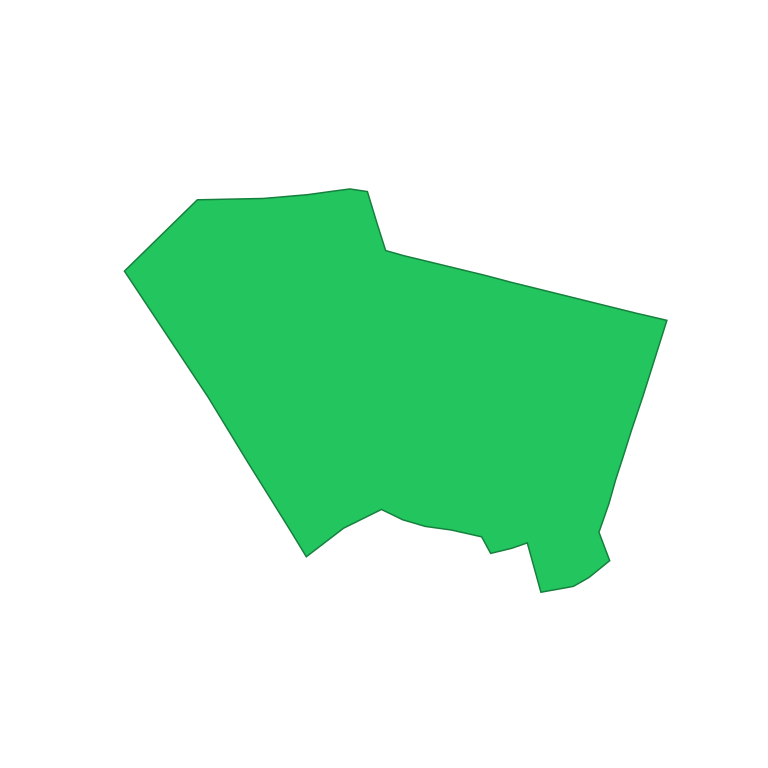 the district of Iguaba Grande, Rio de Janeiro, Brazil, rotated 118°
{"feature_id": "56859067B51771199201484", "entity_name": "Iguaba Grande", "entity_type": "district", "adm_level": 2, "iso_a3": "BRA", "parent_name": "Brazil", "parent_adm1": "Rio de Janeiro", "projection": "natural_earth1", "projection_center": [-42.216, -22.83], "detail": "fine", "context": "isolated", "style": "filled", "palette": "green", "viewbox_px": 768, "rotation_deg": 118, "n_neighbors": 0, "source": "geoboundaries", "source_scale": "gbopen_adm2", "svg_char_len": 639}
<svg xmlns="http://www.w3.org/2000/svg" viewBox="0 0 768 768"><g transform="rotate(118 384 384)"><path d="M276.8,577.6L309.0,635.3L406.2,666.2L478.4,532.8L517.2,467.3L536.3,434.2L555.7,400.7L573.0,371.5L530.3,352.0L496.0,327.4L495.1,303.6L490.4,280.8L481.4,256.2L473.1,226.0L483.5,210.3L468.9,193.9L457.0,182.9L494.2,147.7L473.7,121.7L458.4,112.1L434.0,101.8L414.0,124.6L384.2,129.2L359.7,134.5L333.7,139.1L308.4,143.8L273.8,149.5L195.0,164.1L203.4,195.7L234.7,320.3L240.4,344.8L261.5,427.1L265.4,445.2L244.8,466.2L221.9,489.0L227.8,505.7L238.0,520.0L252.6,540.2L276.8,577.6Z" fill="#22c55e" stroke="#15803d" stroke-width="1.5"/></g></svg>